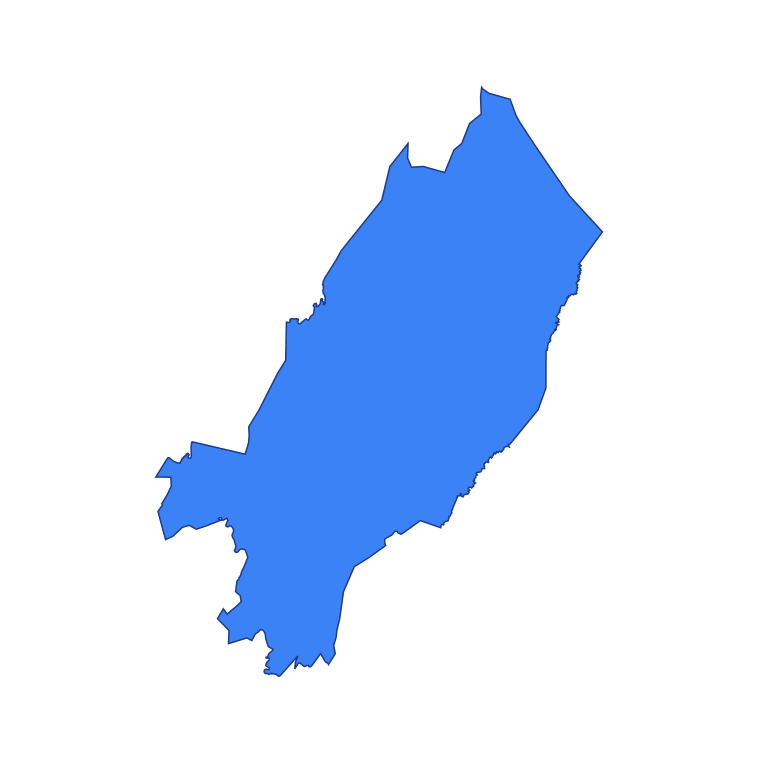 outline of San Miguel Totolapan, Guerrero, Mexico, rotated 212°
{"feature_id": "50627088B56335708263076", "entity_name": "San Miguel Totolapan", "entity_type": "district", "adm_level": 2, "iso_a3": "MEX", "parent_name": "Mexico", "parent_adm1": "Guerrero", "projection": "equal_earth", "projection_center": [-100.327, 17.847], "detail": "fine", "context": "isolated", "style": "filled", "palette": "blue", "viewbox_px": 768, "rotation_deg": 212, "n_neighbors": 0, "source": "geoboundaries", "source_scale": "gbopen_adm2", "svg_char_len": 6131}
<svg xmlns="http://www.w3.org/2000/svg" viewBox="0 0 768 768"><g transform="rotate(212 384 384)"><path d="M508.2,156.2L486.8,136.3L482.3,143.1L479.0,155.6L474.3,160.9L466.2,161.4L459.3,169.8L450.3,181.9L451.6,182.1L452.4,181.7L452.7,182.1L453.1,182.0L453.0,183.0L451.4,184.5L451.1,184.5L449.3,182.6L447.9,183.6L446.3,186.8L446.0,186.8L444.2,185.6L443.5,181.0L442.9,179.8L440.8,180.0L439.6,182.0L438.7,182.5L436.7,182.1L434.4,180.8L433.1,178.1L433.1,176.1L432.5,174.9L431.1,173.7L428.2,172.2L423.5,167.7L422.7,165.1L422.7,163.5L421.7,162.8L420.7,162.7L419.3,163.5L418.9,164.4L418.5,167.2L417.8,168.4L415.5,169.5L414.3,169.7L413.1,169.3L408.3,165.4L407.2,163.8L407.2,161.6L406.8,160.4L406.2,157.2L405.6,153.1L405.4,149.6L404.4,146.7L404.0,143.9L404.4,143.4L403.6,141.1L404.1,140.5L404.3,139.1L399.8,129.2L393.8,128.3L389.7,123.6L391.6,116.4L393.3,111.6L395.0,105.7L401.1,108.2L400.9,96.8L384.8,92.8L378.3,81.4L365.7,96.0L360.1,96.4L360.7,104.0L359.2,107.0L358.6,110.2L357.4,110.8L355.9,111.0L354.6,110.6L352.0,108.8L348.8,104.9L343.6,100.4L342.5,100.0L337.6,100.1L337.3,99.0L338.7,94.8L338.6,92.9L338.1,91.6L338.2,90.8L339.2,89.9L339.0,89.2L338.1,89.4L336.6,90.6L335.8,90.3L335.2,89.3L335.9,85.5L335.2,82.8L334.0,82.4L331.5,82.6L330.3,81.8L330.3,80.9L330.8,80.4L332.8,79.7L333.6,78.9L333.8,77.7L333.0,76.2L332.1,75.7L330.9,75.7L328.4,77.0L327.8,76.7L326.3,78.9L325.4,78.6L324.9,79.4L324.2,79.7L321.5,80.5L318.4,80.4L317.6,81.1L312.9,107.8L311.6,101.0L308.8,95.1L308.6,98.7L308.7,101.5L308.1,102.5L307.1,102.9L302.6,102.1L301.8,102.6L301.4,102.5L300.6,104.0L299.1,105.3L298.3,104.6L297.4,104.6L296.5,105.2L295.9,107.6L294.9,121.7L286.5,117.4L283.3,117.3L282.4,116.7L282.4,129.4L288.1,135.7L290.4,143.9L293.5,150.4L297.2,161.5L308.3,186.4L312.4,213.4L305.0,228.4L297.0,247.9L299.2,249.8L300.4,251.5L301.2,253.3L297.6,259.5L297.0,261.3L297.2,262.3L296.7,264.8L294.6,266.2L293.5,265.2L292.1,265.2L291.2,265.6L290.2,265.5L289.4,266.5L280.8,287.4L259.7,292.2L260.4,293.7L260.8,295.4L258.8,296.1L258.8,296.6L259.6,297.4L259.7,298.3L258.7,300.4L257.8,301.4L257.3,301.6L257.2,302.2L258.0,305.1L258.6,305.6L257.9,307.4L258.2,308.5L258.1,310.5L259.6,312.4L259.4,314.1L259.9,314.7L261.7,326.7L262.3,326.8L262.5,328.0L261.2,328.6L260.6,329.9L260.5,330.7L261.1,331.4L260.9,331.9L260.3,331.9L260.1,330.8L259.7,330.6L259.8,329.9L258.5,329.8L257.2,330.2L257.1,330.9L257.6,331.6L256.9,333.3L255.7,334.0L254.5,335.3L254.5,337.2L255.9,337.6L254.9,339.2L257.2,339.9L257.3,340.9L255.9,342.6L254.5,342.3L253.8,345.0L254.9,346.0L253.9,348.5L255.6,348.3L256.4,349.1L257.0,349.2L257.0,349.9L256.0,350.1L257.0,351.5L256.7,353.6L257.3,354.4L257.4,355.6L256.7,356.4L258.6,357.4L258.4,358.3L256.1,360.0L255.4,361.1L255.5,362.6L256.2,364.1L253.8,365.6L254.9,366.4L255.0,367.2L255.7,368.3L256.8,368.7L256.9,369.4L256.3,370.7L256.1,372.3L253.8,372.9L254.0,373.4L255.1,374.3L255.4,378.2L254.2,378.6L253.6,378.3L253.4,379.1L254.0,379.8L253.5,381.9L254.3,383.6L254.1,384.0L252.5,383.8L252.3,384.4L252.6,386.2L252.2,386.6L250.9,386.3L250.4,388.2L249.9,388.5L248.6,388.3L248.2,389.4L248.6,390.4L247.8,391.5L248.3,393.3L248.3,394.2L246.7,396.5L244.4,397.0L246.5,398.4L246.4,399.0L245.5,399.6L245.2,400.5L239.7,443.9L244.6,466.5L264.1,497.9L263.5,499.2L264.5,500.0L264.3,501.2L265.0,502.2L266.4,505.9L265.7,507.9L265.7,508.8L266.2,509.8L267.0,509.9L267.6,510.4L267.2,511.4L267.9,513.1L268.1,514.7L268.1,515.5L267.6,516.5L267.8,518.5L266.8,521.2L267.0,521.5L267.5,520.7L268.0,520.7L267.7,522.8L268.2,525.5L267.3,526.8L269.3,527.1L270.4,526.6L271.0,526.8L270.8,527.6L269.0,528.8L268.6,529.4L269.6,529.4L269.8,531.5L273.7,532.4L273.3,537.4L273.0,537.8L273.6,538.2L273.5,539.4L274.6,540.6L274.4,541.6L275.0,542.7L275.1,544.2L275.0,544.8L273.0,545.7L272.8,546.7L273.5,552.7L274.2,553.4L274.6,554.7L274.4,555.1L273.8,554.6L273.4,554.8L273.4,555.9L274.2,556.6L274.1,557.1L272.9,557.5L272.7,559.4L271.4,560.0L270.6,560.0L270.4,561.5L268.9,561.8L268.6,563.1L269.9,564.3L270.1,565.1L269.9,565.8L270.5,566.2L270.6,568.2L271.4,568.3L272.0,569.0L272.4,570.9L273.6,570.8L274.4,571.2L274.3,572.8L273.6,574.2L274.5,574.3L274.4,574.7L273.6,576.1L274.9,576.8L275.2,577.2L275.2,578.2L276.2,577.5L277.1,578.0L277.1,578.9L276.2,579.5L275.8,581.0L276.5,581.5L276.2,582.4L277.4,582.5L277.7,582.8L277.9,583.6L277.2,584.0L277.1,584.3L277.3,584.8L278.7,586.3L279.6,585.6L279.9,585.8L280.4,587.1L279.6,588.2L279.6,588.9L280.4,588.7L281.3,589.3L282.3,588.9L279.4,628.8L326.2,641.7L382.7,666.5L407.9,678.1L414.9,682.1L427.9,692.3L449.3,686.0L456.5,686.5L458.4,687.3L454.2,678.6L444.6,664.4L449.5,650.3L445.5,629.2L448.7,619.5L444.6,595.5L466.1,589.2L475.6,582.4L483.6,588.0L491.1,600.7L494.3,571.6L483.3,538.7L490.9,474.6L490.3,465.1L490.4,441.8L490.0,440.7L489.7,438.1L488.5,435.4L487.2,435.1L487.0,434.2L486.1,433.1L485.3,430.8L483.5,428.7L481.3,427.7L480.4,426.7L479.6,426.3L478.6,424.0L476.9,421.8L476.7,420.7L476.9,419.5L477.4,419.3L478.4,421.6L479.5,421.4L480.2,421.6L480.8,422.3L480.9,423.2L481.2,423.5L482.3,423.1L482.5,422.8L482.4,422.1L480.6,418.3L480.9,415.6L481.2,414.7L482.1,414.0L482.7,414.0L483.0,415.5L484.0,416.4L484.6,416.3L485.6,415.0L485.5,412.9L483.9,412.3L483.3,411.5L481.5,407.5L480.9,405.6L482.1,402.5L482.0,400.7L481.8,400.0L481.9,398.6L482.6,397.6L484.2,398.0L484.7,397.8L485.6,395.8L485.8,394.4L486.4,393.3L486.9,390.5L488.7,390.0L490.4,390.9L490.4,392.8L490.8,393.4L491.3,393.5L491.9,392.8L492.6,393.1L494.9,391.4L496.7,390.6L497.5,389.9L497.9,389.1L497.6,388.1L496.6,387.9L496.5,387.2L497.2,386.0L497.8,385.4L499.4,384.9L499.4,384.5L479.9,352.0L479.9,337.0L476.2,295.3L476.0,276.0L470.9,268.7L467.4,261.6L464.6,250.9L516.1,233.3L515.8,231.7L514.0,228.0L510.1,222.1L509.4,221.3L508.8,219.7L508.9,218.8L509.2,218.1L511.2,217.7L511.6,218.9L511.6,220.4L512.0,220.9L512.9,220.9L513.1,221.4L513.8,221.2L514.6,219.5L514.0,218.8L514.7,217.6L514.3,216.8L515.2,216.4L515.1,214.7L515.6,214.2L515.2,214.0L515.7,212.6L515.3,212.0L515.4,209.6L514.7,209.1L515.4,208.5L517.1,207.9L517.5,207.4L519.4,207.4L521.1,206.9L527.4,207.6L528.3,206.6L528.2,184.2L515.4,192.0L510.2,184.5L509.2,175.2L509.0,164.7L507.7,163.9L508.2,156.2Z" fill="#3b82f6" stroke="#1e3a8a" stroke-width="1.5"/></g></svg>